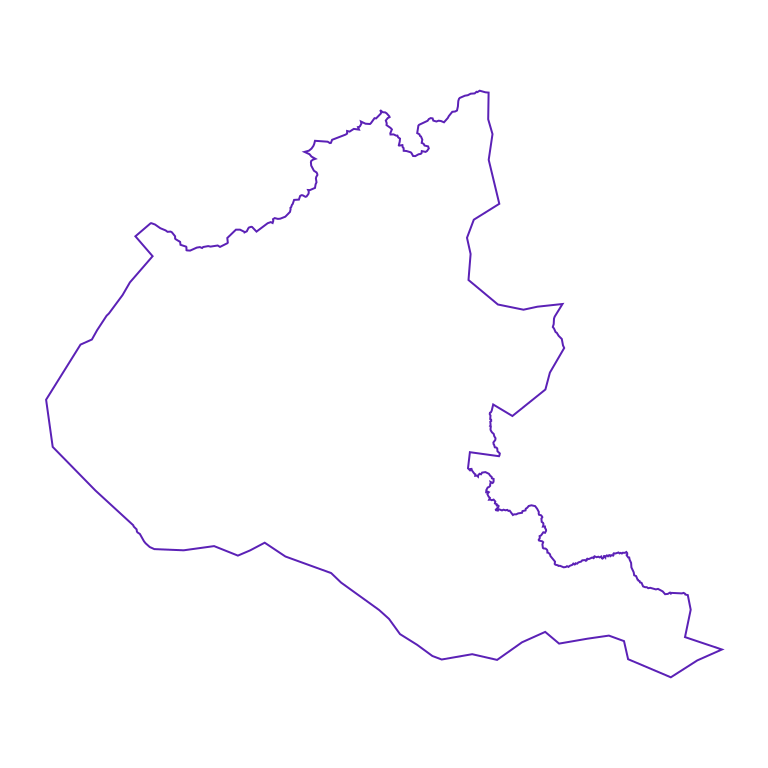 Cecerleg, Hövsgöl, Mongolia
{"feature_id": "93677404B82623555846083", "entity_name": "Cecerleg", "entity_type": "district", "adm_level": 2, "iso_a3": "MNG", "parent_name": "Mongolia", "parent_adm1": "Hövsgöl", "projection": "albers", "projection_center": [98.091, 49.505], "detail": "fine", "context": "isolated", "style": "outline", "palette": "violet", "viewbox_px": 768, "rotation_deg": 0, "n_neighbors": 0, "source": "geoboundaries", "source_scale": "gbopen_adm2", "svg_char_len": 6109}
<svg xmlns="http://www.w3.org/2000/svg" viewBox="0 0 768 768"><path d="M46.1,399.7L52.7,446.9L95.4,490.5L133.3,525.3L133.7,526.5L136.6,529.4L136.9,531.5L137.5,532.4L139.9,534.0L144.0,541.3L145.6,543.3L149.7,547.0L154.3,549.1L183.7,550.3L214.1,546.1L237.9,555.6L250.1,550.4L264.7,542.7L285.4,556.5L331.2,573.1L341.1,582.6L379.1,610.0L389.0,618.9L400.0,634.1L417.1,644.8L432.4,656.0L441.7,659.5L472.2,654.2L497.1,659.9L522.0,642.3L545.2,631.9L559.1,643.6L587.4,638.7L608.9,635.6L624.0,641.1L628.1,659.2L670.8,677.3L697.3,660.4L721.9,649.5L685.0,637.1L690.7,609.7L687.8,595.1L685.3,594.5L685.0,593.7L683.6,592.9L681.9,593.4L671.7,592.9L670.9,593.6L670.0,592.6L667.8,593.9L665.1,594.2L662.7,591.4L658.0,588.9L655.9,589.4L650.2,587.8L648.2,588.2L646.8,587.2L645.2,587.2L643.1,586.4L641.5,582.8L640.0,582.4L639.6,581.1L638.5,580.7L638.1,579.8L637.6,579.7L636.1,576.1L634.2,575.3L633.7,572.3L631.4,567.4L631.1,562.9L629.6,559.6L629.2,557.5L628.3,557.5L626.8,555.5L626.6,555.1L627.2,554.5L627.2,553.1L626.3,552.0L625.1,552.8L622.6,552.8L621.9,553.5L620.7,552.9L619.5,553.4L618.5,552.5L615.4,553.5L613.8,553.3L613.4,553.8L613.5,555.0L613.2,555.6L611.6,555.2L610.4,556.1L610.0,555.2L609.2,555.1L608.0,556.3L606.9,555.4L605.5,556.5L605.4,557.2L604.7,556.1L604.1,556.0L603.8,556.2L604.0,557.3L602.5,558.6L601.9,558.3L601.2,556.5L599.6,557.4L598.3,556.7L596.6,557.2L594.5,556.3L594.0,556.8L593.9,557.9L593.6,558.2L592.2,557.5L588.8,559.1L587.3,558.7L586.7,559.3L586.7,560.3L585.9,560.8L584.9,560.1L582.3,560.3L581.1,561.6L578.4,562.4L577.1,563.7L575.6,563.3L575.1,564.3L574.6,564.5L573.3,563.6L572.4,564.8L569.6,565.9L568.5,566.9L567.0,566.2L565.8,567.0L563.7,567.3L560.0,565.8L558.4,565.9L557.9,565.3L555.4,564.7L554.7,563.9L555.0,561.6L550.4,556.0L550.0,554.3L548.3,552.7L547.4,552.6L547.3,550.5L546.9,549.7L545.6,548.6L543.5,548.4L542.9,547.9L542.4,544.4L543.2,542.2L542.4,541.4L539.0,540.5L538.7,539.9L539.8,538.0L539.6,536.1L541.1,535.4L543.3,532.3L545.0,532.8L546.1,530.8L546.0,529.6L545.1,528.1L544.9,526.5L542.9,526.6L543.4,525.1L543.4,523.6L543.0,522.8L541.7,521.9L541.4,518.5L542.3,517.4L542.2,516.7L541.1,515.3L539.0,514.7L538.7,513.7L538.8,511.9L537.1,508.7L535.1,506.1L531.4,505.3L528.7,506.0L527.2,507.8L525.8,508.7L525.5,510.4L522.5,511.1L522.0,512.8L518.1,513.4L516.3,514.3L514.1,514.3L512.9,515.0L509.7,510.7L508.4,510.9L507.3,509.9L505.5,510.3L503.5,509.7L502.0,510.4L499.0,509.3L498.5,509.5L497.9,510.6L496.0,510.2L495.8,509.7L498.4,507.0L498.6,506.0L497.7,505.3L496.0,505.7L496.8,505.1L496.8,504.3L494.9,503.4L495.3,501.5L493.6,499.6L491.8,500.2L490.4,499.6L489.1,499.7L489.9,497.9L488.6,496.6L487.3,493.9L488.8,492.2L487.6,491.6L486.2,492.0L486.4,489.9L487.7,487.5L489.0,487.0L490.1,485.9L490.2,484.0L490.8,483.2L490.5,481.9L492.6,483.0L493.3,482.3L493.6,481.2L493.6,478.9L491.9,478.3L491.7,477.0L490.1,475.6L488.9,473.8L485.4,472.1L482.1,472.6L481.0,474.3L479.5,473.8L478.1,475.5L478.0,476.6L476.9,475.6L475.2,475.8L475.3,474.3L474.3,473.6L472.0,470.5L471.5,468.9L470.5,469.0L470.4,470.2L470.1,470.4L468.0,468.3L469.9,452.2L499.0,456.2L499.5,455.2L499.8,453.4L497.5,451.3L497.2,448.4L496.4,447.6L494.8,447.3L494.1,444.8L493.6,444.2L493.4,442.4L495.3,439.9L495.5,438.2L494.3,436.3L493.7,433.9L492.0,432.4L490.8,430.5L490.5,429.3L490.8,426.5L490.1,426.0L490.6,425.4L490.3,421.6L491.2,421.0L491.1,419.6L490.2,419.1L490.5,415.5L489.8,414.4L489.8,413.4L490.0,412.7L490.9,412.3L491.7,410.7L493.2,404.5L512.4,416.0L545.4,389.5L549.9,372.6L564.2,348.0L563.0,345.4L561.8,339.0L558.6,335.8L556.8,332.8L555.6,332.1L554.0,328.5L552.8,327.0L553.7,324.1L554.0,318.6L554.7,316.6L562.5,304.0L537.4,306.7L523.5,309.7L497.9,304.5L468.5,280.0L470.6,254.0L467.0,237.8L473.8,219.7L499.3,203.8L488.7,159.8L492.5,134.1L488.2,119.3L488.6,92.6L485.4,92.3L479.7,90.7L477.4,92.1L476.5,91.8L474.7,93.4L470.7,93.7L467.8,95.2L464.9,95.7L459.8,97.9L459.0,98.8L458.3,101.0L457.9,106.5L457.0,110.5L455.1,111.5L452.3,111.8L448.8,116.1L447.8,118.0L444.0,122.3L440.9,121.0L438.6,120.7L436.4,121.5L433.3,120.6L432.6,118.4L430.7,118.1L428.8,119.1L427.6,120.8L419.1,124.8L418.4,125.6L417.2,133.1L419.4,134.3L420.0,135.9L421.0,136.5L422.3,139.7L421.7,142.9L423.6,143.8L424.5,145.5L428.1,146.4L428.8,148.4L427.0,151.0L425.6,151.9L421.8,151.1L421.5,153.2L420.7,153.9L418.5,154.3L415.3,156.1L413.1,156.0L411.5,153.1L410.7,152.3L406.4,151.0L403.7,150.8L403.6,148.1L402.7,147.2L402.4,145.1L399.1,145.6L398.8,145.3L399.7,141.7L400.0,138.6L398.2,137.4L397.4,135.6L396.3,135.7L393.6,134.4L390.5,134.5L390.3,133.3L391.9,129.4L390.5,127.9L386.5,125.1L386.7,123.2L385.8,120.5L387.7,118.1L389.6,117.1L389.3,116.3L386.6,113.3L385.2,112.4L382.7,112.2L380.2,110.1L381.2,112.2L380.8,113.6L376.1,118.4L374.5,118.2L370.9,123.2L370.0,124.0L365.5,123.7L360.9,121.5L361.4,123.6L360.0,126.2L359.2,126.9L358.0,127.1L359.0,129.6L353.8,128.9L349.6,131.6L347.1,131.0L347.1,133.6L345.6,134.6L332.1,139.8L330.9,142.9L329.9,143.1L327.7,141.7L315.0,140.8L314.2,144.0L313.4,145.9L311.5,148.6L308.9,150.7L304.5,151.9L309.5,154.2L311.5,156.6L315.4,158.8L313.0,159.6L311.2,161.0L310.9,162.2L311.2,165.6L313.9,170.7L316.6,172.5L317.3,174.1L317.4,175.0L316.3,176.8L315.9,178.4L316.5,182.3L315.6,184.3L315.0,187.9L309.9,190.1L308.1,190.0L308.7,191.2L308.7,193.0L308.3,194.1L306.5,196.5L305.4,196.8L302.7,195.3L301.4,195.2L300.1,196.0L298.9,199.6L294.1,199.9L292.7,204.0L291.9,204.9L291.2,207.1L290.4,207.9L290.6,209.2L290.0,211.9L285.3,216.7L280.2,218.7L277.9,218.9L274.7,218.1L273.0,219.2L273.3,220.8L272.6,223.0L270.8,222.1L267.7,223.2L256.5,231.6L252.1,227.0L251.2,226.8L249.0,227.5L248.3,228.3L246.8,231.3L244.5,232.4L244.3,231.8L240.1,229.7L235.9,229.7L227.3,238.0L227.8,242.6L227.4,243.2L220.0,246.9L217.7,245.5L210.5,246.6L208.2,246.1L203.2,247.0L202.1,248.0L199.9,247.1L196.8,247.6L190.1,250.6L186.9,250.4L186.5,250.2L186.4,247.1L186.0,246.6L180.5,244.8L180.1,241.9L175.5,239.1L175.1,238.4L175.1,236.3L171.9,232.3L170.6,231.6L167.5,231.8L165.6,230.4L160.3,228.2L155.0,224.5L151.4,223.2L150.6,223.3L135.4,236.3L152.6,256.2L129.9,282.4L122.6,295.0L108.9,313.5L106.6,315.7L97.1,330.2L91.9,339.5L80.5,344.6L46.1,399.7Z" fill="none" stroke="#5b21b6" stroke-width="2"/></svg>